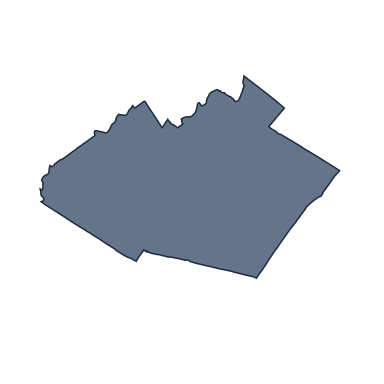 Stefan Cel Mare, Arges, Romania (Equal Earth projection), rotated 255°
{"feature_id": "2599482B99877909755934", "entity_name": "Stefan Cel Mare", "entity_type": "district", "adm_level": 2, "iso_a3": "ROU", "parent_name": "Romania", "parent_adm1": "Arges", "projection": "equal_earth", "projection_center": [25.249, 44.468], "detail": "fine", "context": "isolated", "style": "filled", "palette": "slate", "viewbox_px": 384, "rotation_deg": 255, "n_neighbors": 0, "source": "geoboundaries", "source_scale": "gbopen_adm2", "svg_char_len": 5367}
<svg xmlns="http://www.w3.org/2000/svg" viewBox="0 0 384 384"><g transform="rotate(255 192 192)"><path d="M234.2,46.1L233.8,45.9L232.3,46.2L229.0,45.5L228.2,45.5L227.0,45.7L224.7,47.0L223.2,47.0L222.2,46.2L221.8,45.1L221.8,44.5L221.8,43.8L220.4,44.8L219.4,45.7L217.0,47.6L210.9,53.2L204.7,58.9L195.0,67.5L189.6,72.5L185.8,76.1L185.3,76.6L181.9,79.8L180.0,81.5L179.8,82.0L178.9,82.7L176.6,84.6L173.5,87.6L173.3,87.8L172.7,88.3L171.1,89.9L170.5,90.4L170.3,90.6L168.2,92.4L167.5,93.0L166.0,94.3L165.1,95.1L163.9,96.1L162.5,97.4L162.3,97.6L160.0,99.8L159.1,100.7L158.7,101.1L157.6,102.0L156.8,102.7L156.3,103.0L155.3,103.5L154.2,104.5L153.7,104.9L151.9,106.7L149.9,108.5L149.2,109.2L148.5,109.9L147.4,111.1L146.0,112.5L145.7,112.8L145.5,113.2L145.2,113.6L144.0,115.4L143.4,116.0L143.1,116.5L142.1,117.5L141.2,118.3L140.0,119.6L139.5,120.2L139.8,120.4L142.7,123.5L142.8,123.5L143.1,123.8L144.1,125.1L144.9,126.1L145.6,127.0L147.0,128.7L148.5,130.5L147.1,131.7L145.6,133.0L145.9,133.3L146.3,133.3L146.1,133.5L145.5,134.1L145.4,134.2L145.1,134.5L144.4,135.4L144.0,135.9L143.0,137.5L141.8,140.0L140.9,141.6L140.6,142.5L140.2,143.4L140.0,143.8L139.6,144.8L139.5,145.0L139.3,145.3L138.6,146.2L137.3,148.9L136.6,150.0L136.3,150.4L135.7,151.2L135.7,151.3L135.5,152.4L135.3,152.6L135.1,152.9L135.0,153.3L134.8,153.9L134.8,154.3L134.7,154.6L133.9,156.2L133.1,157.9L132.1,159.9L131.4,161.3L130.9,162.3L130.3,163.3L129.8,164.3L129.2,165.2L128.4,166.7L127.8,167.7L127.8,167.8L127.5,168.5L127.8,169.4L127.8,170.0L127.6,170.3L127.3,170.5L126.9,170.8L126.2,171.4L125.6,171.8L122.0,177.6L116.2,188.5L110.4,199.3L107.6,204.9L104.7,210.5L104.5,210.8L104.2,211.1L103.4,212.3L102.3,214.5L101.1,216.6L99.0,220.4L97.9,222.4L96.7,224.6L95.5,226.9L93.7,230.2L92.5,231.4L92.3,231.7L92.1,231.9L93.3,233.2L94.3,234.4L95.5,235.8L96.7,237.4L97.9,238.8L99.3,240.5L101.6,243.2L103.0,244.7L103.9,245.8L104.3,246.3L104.8,246.7L105.0,246.8L106.4,248.3L108.2,250.4L109.1,251.4L109.9,252.4L110.6,253.2L111.3,254.0L112.6,255.4L113.8,256.9L115.1,258.4L115.1,258.7L118.6,262.7L129.8,276.1L131.1,277.8L131.9,278.8L132.9,280.2L134.7,282.7L136.2,284.6L138.1,286.9L139.5,288.7L141.5,291.1L143.0,293.0L144.6,295.1L145.8,296.6L146.1,296.9L146.4,297.3L147.1,298.0L147.7,298.6L148.0,299.0L148.4,299.7L149.6,301.7L152.3,307.5L153.2,309.9L153.7,311.1L154.3,312.7L154.3,314.0L154.5,315.3L156.3,317.7L157.5,318.1L158.5,319.4L162.3,324.2L170.3,333.8L174.4,340.1L179.5,335.5L194.3,321.8L206.1,310.3L208.5,308.4L210.3,306.7L213.4,303.5L213.5,303.5L217.4,299.7L224.8,292.5L226.0,290.4L226.9,289.9L228.4,289.0L229.5,288.1L231.7,285.8L235.1,283.0L239.8,289.6L245.4,297.6L248.0,301.3L249.1,302.9L259.5,295.8L269.3,288.5L270.4,287.6L290.6,272.2L289.5,271.8L288.6,271.5L288.0,271.1L286.0,270.1L284.1,269.5L281.9,269.5L281.0,269.8L280.3,269.3L277.8,267.5L275.5,266.4L275.3,266.1L274.8,265.6L273.0,264.3L271.7,263.4L269.3,261.5L268.5,260.5L268.1,259.7L267.9,258.7L268.2,258.1L268.3,257.9L268.4,256.9L268.9,256.9L269.8,256.6L271.4,255.7L273.2,254.4L274.1,253.9L274.2,253.4L276.8,250.6L277.5,249.9L277.8,249.7L279.3,249.2L279.6,248.9L279.8,248.5L279.9,247.5L280.4,246.5L281.0,246.0L282.4,245.5L282.6,245.1L282.4,244.5L282.9,244.0L283.3,243.7L284.0,243.4L284.2,243.2L284.5,242.3L284.2,241.5L284.1,240.2L284.0,239.2L283.6,238.8L283.5,238.3L283.6,237.1L282.9,235.4L282.1,234.0L280.9,233.3L280.1,232.6L279.8,232.3L279.4,231.6L277.8,230.4L276.0,229.5L274.8,229.3L273.8,228.2L273.3,226.7L272.8,225.5L272.4,224.0L272.8,223.5L273.7,223.3L274.5,223.0L275.1,222.6L275.8,222.1L276.4,222.0L276.3,221.0L275.6,220.2L274.1,219.4L272.6,218.7L271.9,218.6L271.5,218.0L270.3,217.5L268.9,216.5L267.4,215.1L266.4,213.4L265.1,210.9L265.3,209.2L265.6,207.3L265.9,206.5L266.1,205.3L266.1,204.1L265.7,202.3L265.5,200.6L265.1,200.5L264.9,200.8L264.3,201.0L263.7,200.5L262.9,200.4L262.0,200.4L261.4,200.3L260.2,200.8L259.3,198.8L258.5,196.9L258.1,195.5L257.7,194.8L258.2,194.3L260.2,192.7L261.8,191.5L262.0,190.9L262.5,190.4L264.0,189.0L264.7,189.2L267.2,187.7L268.5,187.4L261.8,179.8L261.8,179.7L275.6,175.3L277.7,174.6L278.0,174.5L278.7,174.2L281.7,173.2L287.5,171.3L291.5,170.1L291.9,169.5L291.9,168.9L291.2,166.8L290.1,164.3L289.6,163.1L289.4,162.4L287.9,158.5L288.7,157.9L289.5,157.5L290.8,157.2L290.5,156.8L289.2,155.2L287.3,152.4L287.0,152.0L284.7,150.2L283.8,149.2L283.5,147.7L283.5,146.7L283.9,145.8L284.1,144.9L284.6,144.1L285.4,142.4L286.0,141.4L285.9,141.1L285.4,140.5L284.9,139.8L285.0,139.9L284.0,138.7L282.6,137.6L280.9,136.9L279.8,136.0L279.0,134.5L278.4,133.2L277.8,131.9L276.7,130.9L275.1,129.6L273.1,128.0L272.0,126.3L271.3,124.7L271.4,124.0L272.1,122.9L274.1,119.1L276.0,115.3L276.2,114.3L276.1,114.0L275.6,113.5L274.5,113.0L271.8,113.0L271.2,111.8L270.2,108.8L270.0,108.5L266.9,100.5L266.8,99.7L265.6,97.0L264.1,92.6L262.9,90.6L262.9,90.1L262.7,89.4L261.9,87.4L261.1,85.3L259.7,81.8L258.2,78.0L257.7,76.5L257.1,74.1L257.3,73.7L257.1,73.3L257.1,73.2L256.5,71.4L255.7,69.4L255.1,68.3L254.9,67.6L254.7,66.9L254.1,66.1L253.0,64.5L252.6,63.7L252.9,63.1L254.3,61.7L253.7,61.3L252.6,60.8L252.1,60.4L250.1,59.7L248.5,59.1L247.0,58.0L246.4,57.0L246.2,56.2L246.3,55.7L246.0,54.7L245.7,53.3L245.1,52.3L244.5,51.5L242.9,50.2L242.5,49.9L242.2,49.8L241.8,49.8L240.9,50.1L239.8,50.6L238.6,50.0L237.4,49.7L236.4,49.9L235.2,49.2L233.8,48.4L233.3,48.1L232.7,47.2L232.9,46.9L233.3,46.5L234.2,46.1Z" fill="#64748b" stroke="#1e293b" stroke-width="1.5"/></g></svg>